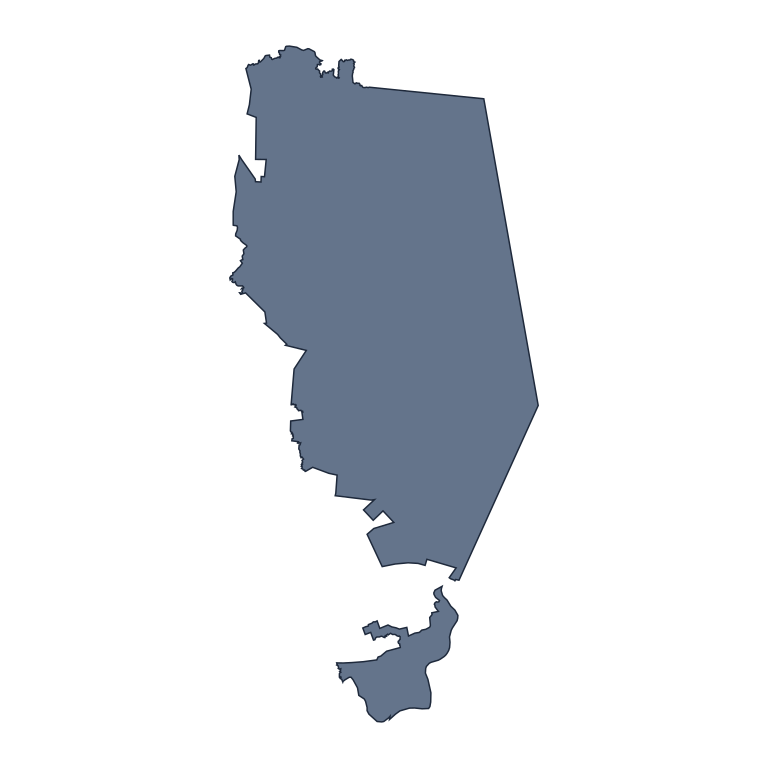 outline of Loma Bonita, Oaxaca, Mexico
{"feature_id": "50627088B96812513465333", "entity_name": "Loma Bonita", "entity_type": "district", "adm_level": 2, "iso_a3": "MEX", "parent_name": "Mexico", "parent_adm1": "Oaxaca", "projection": "albers", "projection_center": [-95.917, 17.963], "detail": "fine", "context": "isolated", "style": "filled", "palette": "slate", "viewbox_px": 768, "rotation_deg": 0, "n_neighbors": 0, "source": "geoboundaries", "source_scale": "gbopen_adm2", "svg_char_len": 5969}
<svg xmlns="http://www.w3.org/2000/svg" viewBox="0 0 768 768"><path d="M459.0,580.2L538.2,405.5L483.8,98.8L369.3,87.2L368.2,87.6L366.3,87.2L365.0,87.6L363.3,87.5L362.6,87.1L361.7,85.5L360.7,85.8L360.0,85.5L360.0,84.4L359.2,83.3L357.8,83.3L356.2,82.8L355.6,83.6L354.8,83.8L353.0,82.5L352.3,76.0L352.6,73.5L353.1,72.3L352.9,70.8L353.7,69.5L353.8,68.4L354.5,67.7L354.5,67.2L353.7,66.1L354.2,64.1L353.6,63.4L354.9,62.1L353.6,61.5L353.6,60.4L352.8,59.7L351.1,59.2L350.5,59.3L350.0,60.0L348.5,60.0L347.5,60.4L346.2,59.8L345.3,60.4L344.7,60.3L344.5,61.4L343.7,61.7L343.0,61.5L342.6,60.7L341.9,60.3L341.5,59.5L341.2,59.4L339.0,61.5L338.7,65.8L339.1,67.1L338.3,67.4L338.1,68.4L339.3,69.4L338.5,70.0L338.8,70.6L338.3,71.3L338.5,74.0L338.1,74.7L338.4,75.5L338.0,76.5L339.2,77.8L338.8,78.2L337.7,77.7L336.5,78.0L336.2,77.4L334.6,76.8L333.3,75.1L333.9,69.6L333.1,69.0L332.3,69.3L332.6,69.8L332.4,70.6L330.9,71.3L329.8,71.0L328.5,72.0L328.2,72.8L327.5,72.3L326.8,73.0L325.4,72.9L324.6,71.1L323.9,71.0L322.9,72.2L322.5,73.8L322.8,74.7L322.0,75.5L322.3,77.0L320.7,77.2L320.4,76.4L321.0,75.6L320.6,75.0L320.7,74.1L319.5,72.8L319.6,71.0L318.3,69.9L317.7,69.0L316.1,69.2L315.7,68.4L316.1,67.5L317.2,66.8L317.4,64.5L318.5,64.4L319.7,65.0L320.8,64.6L321.0,63.8L319.6,62.8L319.5,61.9L320.0,61.3L321.9,61.0L322.3,60.6L319.9,59.9L316.1,56.5L315.5,55.6L314.9,52.4L314.3,51.6L309.0,48.8L307.8,48.7L303.6,50.4L301.7,49.9L296.9,47.3L289.5,46.1L286.3,46.3L285.7,46.7L284.5,50.3L283.3,50.6L279.8,50.5L278.8,50.8L278.7,52.1L279.5,53.3L279.6,54.4L280.7,54.9L280.4,56.1L280.6,56.3L279.9,57.8L279.5,57.7L279.1,56.9L278.6,57.5L277.5,57.3L276.7,58.1L274.9,58.3L272.4,59.5L271.8,59.3L271.3,57.7L269.8,57.1L269.5,55.1L266.0,55.5L265.2,55.9L263.8,58.5L260.3,62.0L259.1,62.0L259.3,60.4L258.7,60.5L258.4,62.9L257.7,63.8L255.5,64.0L253.8,65.1L253.5,65.0L253.4,63.9L252.9,63.8L250.4,65.2L248.7,64.5L248.1,65.2L247.2,67.6L245.9,68.5L251.2,89.2L249.4,104.7L247.1,113.9L256.2,117.4L255.6,159.4L266.2,159.5L264.5,176.7L261.2,176.5L261.0,182.0L255.5,181.7L255.2,179.0L241.4,159.2L238.9,155.1L239.2,159.6L234.8,176.3L236.2,191.8L233.2,211.4L233.2,224.8L233.3,225.3L236.9,225.8L237.5,227.3L237.2,230.2L235.7,233.9L235.6,235.9L240.4,239.2L240.4,239.9L241.1,241.0L243.0,242.8L246.1,245.0L246.9,246.0L246.6,246.9L244.8,248.3L243.3,250.0L243.9,253.8L242.2,256.1L242.8,259.6L241.5,260.0L240.4,260.7L242.3,263.2L239.8,266.8L238.3,267.9L235.4,271.3L234.1,272.4L232.8,272.8L232.9,275.0L230.7,276.2L229.8,277.9L230.2,279.9L231.8,278.5L232.6,278.9L232.5,280.1L231.9,281.5L232.7,282.3L234.1,282.6L235.3,281.8L236.1,284.3L236.9,285.3L238.1,285.9L242.5,285.9L243.8,287.4L243.7,287.9L241.9,288.2L241.5,288.8L242.4,288.6L242.9,289.1L242.6,290.5L241.8,291.2L242.3,292.5L241.0,293.8L240.2,292.8L239.6,292.8L240.7,294.3L245.6,292.9L264.9,312.0L266.5,323.1L264.4,323.4L277.6,334.4L280.5,338.1L286.8,344.2L285.4,345.3L306.3,350.4L294.1,369.0L291.2,403.8L291.5,403.5L291.8,404.7L293.1,404.0L293.3,404.6L295.1,404.5L295.1,405.0L295.9,404.8L296.1,405.7L294.9,407.0L296.7,407.7L297.2,409.1L297.9,409.5L298.5,410.7L300.9,410.3L301.4,411.1L302.6,411.2L302.8,412.1L301.9,412.2L302.9,419.4L290.7,421.0L290.4,430.9L291.1,432.1L292.0,432.4L291.5,433.7L292.6,433.7L292.6,434.8L293.2,435.1L292.7,436.0L293.3,436.4L293.3,438.4L292.1,438.8L291.8,440.8L298.3,441.7L297.5,443.0L298.1,443.3L299.3,442.7L299.8,443.2L300.6,442.9L300.1,444.8L299.1,445.1L298.8,449.0L299.9,450.7L299.9,452.8L300.4,453.7L300.3,455.9L301.1,457.7L301.9,457.0L303.6,459.1L302.0,460.4L302.7,462.1L301.9,463.2L302.5,464.0L301.5,464.6L302.0,465.1L301.3,466.3L302.1,466.6L302.1,467.9L301.6,468.5L302.9,469.1L303.4,470.1L304.6,470.0L305.1,471.4L305.5,471.4L312.7,467.3L328.8,473.3L337.1,475.1L335.8,493.2L335.2,495.7L371.3,500.1L374.5,499.6L363.5,509.9L373.2,520.3L383.0,510.9L393.8,522.4L373.8,528.5L367.1,534.3L382.2,566.6L395.2,564.0L408.1,562.8L418.1,563.4L425.1,565.4L426.9,559.3L456.1,567.9L449.2,577.7L450.7,578.8L454.0,580.0L454.9,580.8L455.7,579.5L459.0,580.2ZM389.5,719.5L395.4,714.2L399.9,710.9L409.5,708.1L414.6,708.0L422.1,708.8L428.6,708.5L429.9,706.6L430.7,702.1L430.9,692.8L427.9,679.3L425.4,673.1L425.7,668.4L426.4,666.4L429.2,663.3L431.1,662.3L438.3,660.2L440.4,659.1L444.2,656.5L445.8,655.0L447.2,653.1L448.7,650.4L449.6,647.6L450.0,642.3L449.5,636.9L451.2,630.4L452.3,628.1L457.1,620.7L457.7,618.3L457.9,615.4L454.9,610.1L450.8,606.2L447.0,600.0L444.5,597.7L442.6,595.5L441.2,590.8L441.4,588.6L442.1,586.3L435.0,590.2L433.8,592.9L434.0,594.4L435.6,597.4L439.5,600.5L438.9,601.8L437.8,602.1L436.3,601.8L435.0,602.8L434.3,604.2L434.9,605.2L435.1,607.0L438.4,611.4L431.8,612.8L432.0,614.7L429.7,617.5L430.4,625.2L430.1,626.5L429.5,627.3L425.8,629.3L421.8,630.1L419.4,632.4L414.9,633.1L408.5,636.0L406.8,627.4L399.4,629.1L396.0,627.8L391.8,626.9L388.0,625.0L379.8,628.4L377.1,620.9L375.2,621.9L373.7,621.8L373.0,622.1L372.1,623.1L368.4,624.6L368.3,626.0L368.0,626.2L366.0,626.6L362.8,628.0L365.2,634.5L370.7,632.4L373.5,640.1L374.8,639.8L375.8,637.7L376.8,637.0L379.5,636.9L381.2,636.2L382.2,636.4L384.2,637.5L384.9,637.5L384.8,636.7L385.2,635.8L386.0,636.4L386.7,636.1L386.4,635.1L387.6,634.2L388.2,634.9L390.6,633.3L392.6,634.5L394.7,634.4L395.8,634.7L396.4,635.5L398.3,636.3L399.3,636.0L400.1,636.7L400.1,639.4L399.4,639.9L399.2,640.6L398.2,641.3L398.2,642.5L398.6,643.3L399.8,644.1L399.7,645.1L400.1,645.9L400.3,647.5L386.6,651.2L380.8,656.1L378.1,657.0L376.8,659.9L363.3,661.7L351.4,662.6L343.3,663.0L336.7,662.9L337.2,664.5L336.7,665.0L338.1,665.8L338.6,667.8L338.2,668.4L339.2,669.1L340.0,668.9L340.1,669.2L339.8,669.9L340.7,669.2L340.5,670.8L339.7,671.3L340.8,672.2L339.8,672.9L339.4,673.7L339.4,677.2L340.0,677.7L340.8,676.9L341.0,677.3L340.2,678.1L340.2,678.5L341.7,679.3L342.8,682.0L343.0,681.4L345.2,679.7L349.2,677.3L351.0,677.2L353.1,679.8L357.5,687.8L358.8,695.4L364.3,699.0L365.6,701.5L367.1,707.5L367.1,710.7L368.9,714.1L377.1,721.5L381.7,721.9L383.8,721.5L388.7,717.8L390.0,716.3L389.5,719.5Z" fill="#64748b" stroke="#1e293b" stroke-width="1.5"/></svg>